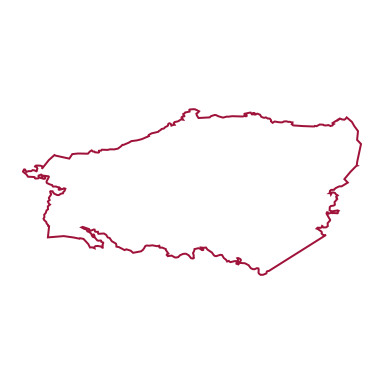 outline of Aulejas pag., Kraslavas, Latvia
{"feature_id": "27541924B14903693215581", "entity_name": "Aulejas pag.", "entity_type": "district", "adm_level": 2, "iso_a3": "LVA", "parent_name": "Latvia", "parent_adm1": "Kraslavas", "projection": "equal_earth", "projection_center": [27.253, 56.05], "detail": "fine", "context": "isolated", "style": "outline", "palette": "rose", "viewbox_px": 384, "rotation_deg": 0, "n_neighbors": 0, "source": "geoboundaries", "source_scale": "gbopen_adm2", "svg_char_len": 5964}
<svg xmlns="http://www.w3.org/2000/svg" viewBox="0 0 384 384"><path d="M169.6,123.3L168.7,123.6L168.2,124.1L168.0,125.4L167.4,126.1L165.4,127.0L163.9,128.5L161.6,129.0L160.5,130.1L158.9,131.0L158.3,131.8L151.5,133.4L148.7,135.0L148.5,135.5L148.9,136.1L141.6,139.2L136.8,140.4L131.4,141.1L128.9,142.6L123.5,144.9L122.4,144.9L120.8,146.5L117.9,148.6L114.2,149.4L110.1,149.3L107.6,149.9L101.9,149.7L101.1,150.6L99.0,150.8L99.0,152.3L98.4,152.6L95.0,152.3L94.5,151.6L93.0,151.6L91.7,150.4L89.9,151.5L87.9,153.7L78.1,153.5L72.3,154.1L69.3,158.6L55.5,155.6L54.5,155.0L48.8,160.1L41.9,168.8L42.4,167.0L42.2,166.3L40.5,165.7L37.3,165.5L35.7,165.7L35.0,166.4L35.2,166.7L36.5,166.9L37.4,168.5L36.9,169.8L36.9,170.8L36.3,171.3L34.9,170.5L32.8,170.1L30.9,171.2L28.5,171.1L26.7,171.9L26.3,171.7L25.1,169.6L24.6,169.4L23.9,169.6L23.8,170.5L23.1,171.1L23.0,171.7L26.4,174.4L28.0,176.7L34.0,177.0L34.6,177.2L34.9,178.2L35.3,178.5L38.1,178.4L39.2,177.6L38.5,176.4L38.6,175.6L41.1,174.6L41.7,174.8L42.5,176.6L40.3,177.8L43.9,178.9L45.2,178.5L45.3,177.8L45.1,177.2L43.6,176.0L43.7,175.7L48.4,176.3L48.8,176.6L48.8,177.1L46.7,181.2L46.5,181.9L46.9,183.0L49.8,184.4L52.2,185.1L52.5,186.0L53.0,186.5L56.0,186.5L57.7,187.2L59.1,187.3L60.4,188.4L60.1,188.7L58.9,188.8L58.7,189.4L59.1,189.8L62.7,189.0L63.9,188.3L65.0,188.5L65.4,188.8L64.8,189.8L64.7,190.7L63.3,192.1L63.0,193.3L61.0,193.7L58.8,195.1L57.1,195.0L54.4,193.8L52.9,192.1L52.6,191.3L51.6,191.4L50.8,191.1L50.2,191.5L50.5,193.1L51.1,193.9L51.1,194.5L48.9,197.8L48.9,198.4L49.6,199.6L49.6,200.2L48.5,200.8L47.9,201.5L48.9,203.7L50.0,204.6L47.8,206.4L48.0,209.3L46.6,210.3L45.7,213.0L44.2,214.7L44.4,217.2L43.5,218.7L44.3,220.2L46.3,222.0L46.6,223.5L48.0,224.9L48.0,225.8L49.1,226.2L47.9,237.4L63.7,236.1L73.7,237.5L79.5,238.7L79.9,238.2L83.5,238.9L88.3,244.1L90.0,247.5L92.1,247.3L94.5,248.2L94.2,247.2L95.1,246.4L95.6,246.1L97.6,246.0L101.0,246.5L102.3,247.7L102.7,247.6L102.3,246.6L102.8,245.9L102.5,244.9L103.2,243.3L103.2,242.6L101.3,241.8L101.1,240.7L100.8,240.5L98.2,240.7L97.2,240.3L95.0,237.7L92.7,236.8L92.5,236.5L92.9,236.1L93.9,236.3L94.5,236.0L94.0,234.7L93.4,234.5L91.7,235.0L91.1,233.5L89.1,232.0L87.4,231.4L86.4,229.4L84.3,228.9L81.5,227.4L82.7,226.9L89.1,229.1L89.5,229.7L89.1,230.5L89.4,230.8L90.8,230.7L93.8,229.5L94.6,229.6L95.0,231.4L95.9,231.8L97.9,231.8L98.1,233.3L98.4,233.8L103.9,233.5L106.2,234.9L107.7,237.4L109.6,238.0L111.8,241.2L115.9,243.6L116.3,244.8L116.4,246.6L119.1,247.2L124.6,250.1L126.3,249.3L130.7,250.7L133.1,252.8L141.1,251.3L143.0,249.8L144.6,247.5L145.0,246.4L146.4,245.5L149.4,245.7L152.3,245.3L157.0,246.2L159.3,245.7L159.7,247.0L159.5,247.4L160.0,247.7L162.2,247.6L165.8,249.1L165.9,250.1L168.4,253.6L166.9,254.4L166.7,254.9L167.8,256.1L171.7,255.6L174.8,257.4L176.4,257.5L178.2,257.1L179.9,255.4L181.4,254.6L183.3,253.9L185.8,253.7L188.6,255.2L191.1,258.2L192.8,258.5L193.7,258.2L193.9,257.8L193.6,256.8L193.7,255.2L193.0,253.1L194.1,251.1L194.5,249.1L198.5,248.2L200.4,248.9L201.8,250.0L202.8,250.1L203.2,249.9L203.2,249.5L201.0,248.2L200.8,247.5L204.0,247.8L205.9,247.5L207.5,249.6L211.9,252.5L213.5,254.8L214.5,255.8L216.0,256.2L220.4,254.8L222.1,255.1L223.8,258.0L226.2,259.9L227.1,261.5L228.8,260.9L229.7,261.8L230.7,262.1L234.7,261.1L236.5,261.1L237.8,262.2L236.4,263.1L236.4,263.7L238.3,264.4L238.5,264.2L237.8,263.5L238.6,262.9L238.1,262.4L238.4,261.7L237.9,260.7L238.0,259.2L237.3,258.2L238.0,258.0L239.4,258.6L240.4,259.1L240.9,260.1L239.8,262.4L239.9,262.9L245.0,263.3L248.6,265.2L250.8,268.2L253.0,269.2L254.6,269.2L256.8,268.2L258.4,268.4L258.7,269.6L258.5,272.7L258.9,273.5L260.5,274.8L263.0,274.8L266.4,273.4L266.7,271.9L267.2,271.2L268.8,271.0L326.0,235.0L324.1,235.2L322.7,234.7L321.6,233.5L321.8,232.4L321.5,231.6L317.9,229.1L316.7,228.6L317.6,227.7L320.8,227.8L321.7,227.2L322.1,225.9L322.5,226.1L323.0,227.3L323.7,227.5L326.2,227.3L327.8,226.1L327.6,223.2L330.1,220.4L330.1,219.8L326.6,213.8L326.6,213.0L327.1,212.2L327.9,212.4L327.9,213.2L328.5,213.7L331.0,212.8L332.5,213.2L333.4,213.0L337.4,213.3L337.8,213.0L337.7,211.8L338.2,211.5L338.1,211.1L338.5,210.8L337.7,210.4L332.4,211.3L330.7,211.0L329.6,210.2L329.8,207.0L331.0,206.0L333.5,205.6L334.7,205.0L334.9,204.1L334.5,202.7L334.6,202.0L336.7,199.7L336.6,199.2L337.2,198.9L337.0,198.1L336.3,197.3L336.2,196.6L337.7,195.4L335.8,194.2L335.0,193.0L333.1,192.4L332.0,192.6L330.9,194.5L330.5,193.1L329.6,193.1L330.6,192.4L329.9,191.7L330.0,190.9L331.1,189.9L334.0,189.8L334.2,189.3L334.9,188.9L335.5,188.2L338.1,186.9L339.6,186.3L341.7,186.3L347.8,182.6L344.4,179.1L350.3,172.0L356.4,165.8L357.1,165.6L356.7,165.4L357.3,161.3L361.0,144.0L357.1,139.9L358.0,131.1L354.3,126.1L351.9,121.9L346.7,117.4L345.3,119.1L344.3,119.7L341.9,119.4L339.9,118.5L338.2,119.5L338.6,119.7L336.9,120.8L336.0,120.9L332.5,123.1L332.8,123.7L333.8,124.1L332.7,124.9L332.4,125.5L330.4,126.0L328.5,125.1L325.4,125.5L323.8,125.2L323.2,124.7L319.7,124.5L316.6,126.2L314.7,125.9L314.1,126.5L303.2,126.1L293.2,125.4L291.8,124.3L292.5,123.5L292.5,122.4L291.7,122.5L289.9,121.8L288.3,121.9L286.3,121.3L283.8,121.5L282.7,122.2L281.5,122.4L278.7,122.2L274.7,121.5L272.6,122.8L271.0,121.4L271.1,120.3L269.8,118.6L267.7,118.5L265.9,117.4L264.2,117.8L262.9,117.5L261.3,116.8L260.1,114.8L257.6,113.7L256.3,113.9L255.8,114.5L254.8,114.6L254.4,114.4L255.0,113.6L254.2,113.0L253.3,113.0L252.1,113.5L252.3,114.3L251.8,114.3L250.7,112.6L250.0,112.6L244.5,113.8L244.5,114.3L245.8,114.5L246.6,115.1L246.7,115.9L246.1,116.3L244.3,116.0L242.8,116.5L232.1,116.2L228.5,116.7L226.8,116.6L223.0,117.6L218.5,116.3L216.0,115.1L214.6,115.0L211.1,116.1L209.6,117.4L198.5,118.0L196.9,115.5L196.4,113.6L198.1,112.5L199.1,111.3L195.1,109.3L193.4,109.2L189.7,109.5L189.3,109.9L189.7,111.2L189.6,111.6L185.1,112.5L184.6,113.4L183.3,113.9L183.4,115.0L184.3,115.8L184.3,116.3L182.2,116.8L181.6,117.3L183.1,119.7L180.9,119.4L178.4,121.2L174.6,122.1L173.7,123.2L174.6,124.8L173.3,124.9L171.4,125.6L170.7,123.8L169.6,123.3Z" fill="none" stroke="#9f1239" stroke-width="2"/></svg>